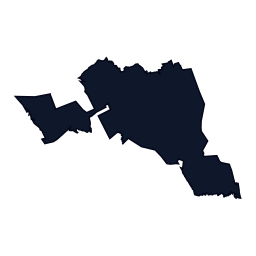 outline of Alaquines, San Luis Potosí, Mexico
{"feature_id": "50627088B47370216611789", "entity_name": "Alaquines", "entity_type": "district", "adm_level": 2, "iso_a3": "MEX", "parent_name": "Mexico", "parent_adm1": "San Luis Potosí", "projection": "orthographic", "projection_center": [-99.627, 22.081], "detail": "fine", "context": "isolated", "style": "filled", "palette": "ink", "viewbox_px": 256, "rotation_deg": 0, "n_neighbors": 0, "source": "geoboundaries", "source_scale": "gbopen_adm2", "svg_char_len": 5739}
<svg xmlns="http://www.w3.org/2000/svg" viewBox="0 0 256 256"><path d="M190.9,68.8L182.4,70.0L181.9,69.1L181.2,68.2L181.2,67.6L180.7,66.8L180.5,65.7L179.6,65.1L178.4,62.8L174.8,63.9L173.5,66.8L171.1,60.5L169.8,61.4L168.7,61.9L167.7,63.2L167.3,63.3L162.4,64.1L162.6,64.6L162.9,64.6L163.2,65.1L163.6,66.4L162.1,67.1L162.2,67.6L161.7,67.7L161.8,68.4L162.4,69.6L159.1,69.7L158.5,69.9L158.9,72.3L159.5,73.1L159.7,73.8L158.2,72.8L157.3,71.9L157.0,71.9L155.0,72.4L154.4,72.3L150.8,73.4L150.7,72.9L151.0,72.6L150.4,72.2L146.8,74.0L146.6,73.0L146.9,72.8L146.8,72.5L147.0,72.4L147.0,71.8L146.8,71.2L146.6,71.1L144.7,72.3L144.2,71.3L144.2,71.0L142.6,68.2L141.5,67.1L140.8,67.2L140.6,66.7L139.8,65.8L138.4,65.1L138.0,64.1L137.4,64.0L135.6,64.3L134.9,64.9L134.5,65.1L134.0,65.9L133.7,65.9L133.5,66.2L131.5,66.7L129.8,67.4L129.0,67.4L128.6,67.2L127.7,67.3L126.0,66.8L125.2,67.5L124.1,68.7L124.4,69.3L124.4,69.7L124.1,71.2L123.1,71.7L121.5,71.9L120.7,71.5L119.8,70.2L119.8,68.9L119.6,68.3L117.2,68.5L117.1,68.3L117.2,68.0L117.4,68.0L117.3,67.4L117.1,67.5L116.8,67.4L116.7,67.1L115.8,66.6L116.1,66.5L116.3,65.8L115.9,65.7L115.9,65.9L116.1,65.8L115.8,66.0L115.5,65.8L115.3,65.9L115.4,66.1L114.9,65.8L114.1,65.9L113.4,64.1L113.4,63.3L112.8,62.7L112.3,61.8L111.9,61.8L112.1,62.0L111.8,62.5L111.5,61.5L110.9,61.8L110.6,61.5L110.3,61.3L110.3,61.5L109.8,61.5L109.2,61.4L108.5,61.6L107.4,60.5L107.3,60.3L107.3,59.7L107.2,59.7L106.8,58.4L106.5,58.4L106.2,57.9L105.0,59.7L103.9,60.8L102.1,61.0L100.8,60.7L98.8,60.0L98.3,60.1L97.6,60.7L97.2,61.3L97.0,61.8L96.2,62.9L95.3,63.6L94.8,64.4L93.8,65.1L92.7,65.3L92.1,65.5L90.5,66.6L89.8,67.2L89.0,67.6L88.1,69.2L87.8,69.6L86.5,70.2L84.1,72.0L83.2,73.2L82.3,74.0L81.2,76.2L80.7,76.7L78.8,77.9L79.8,78.1L80.1,78.6L81.4,79.1L81.7,79.8L82.1,80.1L82.7,80.3L83.2,81.2L83.8,81.4L82.6,81.8L80.2,81.3L84.6,86.2L84.8,86.9L85.0,87.2L85.4,90.1L85.2,90.4L85.1,91.3L84.9,91.6L87.7,94.8L94.8,109.1L86.6,112.7L82.8,109.8L75.7,101.4L55.7,109.2L50.5,95.3L50.2,95.3L50.2,94.0L34.9,96.9L15.4,96.5L23.0,105.1L25.3,109.2L26.0,108.4L26.7,108.6L26.7,109.6L26.8,110.3L26.7,110.8L26.3,110.8L26.9,112.0L28.7,110.6L29.3,111.5L28.9,112.0L29.3,113.0L29.1,114.6L30.1,113.8L30.3,114.1L29.7,114.5L29.6,114.4L29.3,114.8L29.5,114.8L30.2,114.5L30.6,115.1L31.1,115.2L31.3,115.5L31.0,115.6L31.3,116.2L30.9,116.4L31.4,119.3L32.5,119.3L32.9,119.0L33.8,119.0L34.2,120.0L33.7,120.3L32.7,120.5L34.3,123.4L39.8,127.8L40.2,128.6L40.0,128.8L40.3,129.7L41.9,130.6L43.6,134.4L45.6,138.0L44.2,138.5L41.9,139.2L44.9,143.6L53.4,141.6L56.9,139.4L70.2,127.5L69.5,130.4L70.4,130.4L71.0,130.6L72.3,130.4L73.9,130.5L73.6,130.8L74.5,131.4L75.9,132.2L76.4,132.3L76.8,132.7L77.4,132.8L77.7,132.5L77.3,132.1L76.8,132.0L76.2,131.4L76.3,130.7L76.1,129.3L76.6,128.7L77.2,128.4L77.7,128.4L78.1,128.7L78.3,129.3L78.8,129.6L80.1,129.9L80.3,129.8L81.2,130.1L82.5,130.7L83.2,130.7L83.8,130.6L84.5,130.8L86.7,132.1L87.2,132.2L87.8,131.9L87.9,130.9L88.6,131.0L89.7,130.2L89.9,131.2L90.2,131.7L90.6,132.0L91.2,132.0L91.0,128.4L90.7,128.1L90.2,128.2L89.9,127.0L90.1,124.3L89.9,123.9L89.9,123.6L90.2,123.3L89.9,121.2L89.2,118.4L89.3,116.9L90.3,116.8L91.0,116.2L91.8,116.0L92.3,115.4L94.5,113.8L96.3,112.1L105.8,107.2L105.5,106.6L105.2,105.3L105.8,104.7L107.0,104.6L107.7,104.3L108.3,103.3L108.2,102.6L108.8,103.4L108.6,103.9L108.6,104.3L109.3,107.0L109.7,107.6L110.1,108.6L110.8,109.5L98.3,115.9L109.8,138.5L117.4,132.1L118.3,132.5L119.4,132.1L119.9,132.9L120.3,132.8L122.3,134.5L121.5,134.9L121.5,135.2L122.2,135.7L122.7,137.5L121.7,138.1L122.4,138.8L121.6,139.5L123.0,140.4L122.3,141.0L122.3,141.3L123.1,142.0L122.6,143.2L122.9,143.7L128.3,138.2L141.5,146.6L155.2,149.9L161.4,156.4L166.9,163.6L170.7,164.1L175.9,163.5L178.5,163.8L177.2,161.5L178.5,159.0L183.6,160.8L182.7,168.5L180.8,167.8L182.3,170.5L182.8,172.9L183.3,173.3L183.2,173.6L183.4,173.9L183.9,174.4L184.2,175.1L184.9,175.7L184.7,176.0L184.8,176.4L185.6,177.3L186.1,178.2L186.3,178.8L186.9,179.6L187.4,180.8L187.8,180.9L188.2,181.4L190.7,185.8L191.1,185.7L191.4,185.9L191.5,187.1L192.1,187.5L192.5,189.0L193.2,189.5L193.7,190.2L194.5,193.7L195.0,193.5L195.0,194.7L197.8,195.5L199.1,195.7L199.4,195.6L199.8,195.0L200.5,194.7L200.8,194.9L202.7,195.1L202.9,194.8L202.9,194.5L203.0,194.2L203.1,193.4L203.4,193.2L203.9,193.4L204.5,194.4L205.2,194.9L205.6,194.9L205.7,194.7L205.8,194.2L205.6,193.9L205.7,193.5L206.7,193.5L207.7,193.1L208.1,194.5L208.4,194.8L209.9,194.6L210.2,194.5L210.5,194.0L210.8,193.9L211.1,193.9L212.0,194.7L212.4,194.8L213.4,194.1L214.7,193.8L215.6,193.9L216.8,193.5L217.3,193.8L217.7,194.3L217.9,195.3L218.3,195.3L218.6,195.1L218.8,194.4L219.0,194.1L219.3,194.0L219.4,194.3L219.8,194.4L220.2,194.1L220.4,193.7L221.3,193.2L222.3,193.6L222.6,193.9L223.5,193.7L223.6,193.9L223.6,194.6L224.1,195.2L223.7,196.0L223.8,196.2L224.1,196.2L224.0,196.7L224.4,196.7L225.6,196.1L226.1,195.4L226.3,195.7L226.7,195.9L227.6,195.3L228.3,195.5L228.7,195.3L228.9,195.0L228.9,194.6L228.5,194.1L228.5,193.8L228.6,193.6L228.8,193.5L229.2,193.6L229.5,194.3L229.9,194.4L230.4,194.2L230.6,193.8L230.5,192.6L230.6,192.1L231.1,191.9L231.3,192.1L231.9,193.1L232.6,193.8L233.0,192.8L234.0,192.3L234.4,193.1L234.5,194.4L235.5,193.6L236.6,194.3L236.7,194.6L236.4,194.7L234.9,194.3L234.5,194.4L234.2,194.9L234.5,196.5L235.5,197.7L236.2,198.1L236.7,197.2L237.1,197.1L238.3,197.5L238.5,197.4L238.5,197.8L240.6,198.1L239.7,194.8L239.0,191.6L239.2,190.9L238.1,183.5L237.3,183.5L237.2,184.4L236.9,184.5L236.8,183.9L236.5,183.9L236.5,183.3L235.6,183.7L235.6,183.4L235.2,183.7L234.8,183.6L231.4,170.1L229.2,164.3L220.4,162.5L220.4,162.0L219.8,161.9L216.8,155.7L204.9,156.5L202.7,155.7L203.7,153.5L202.4,150.5L207.6,141.0L201.2,131.3L200.9,127.5L201.1,121.1L204.4,104.1L198.9,90.9L190.9,68.8Z" fill="#0f172a" stroke="#020617" stroke-width="1.5"/></svg>